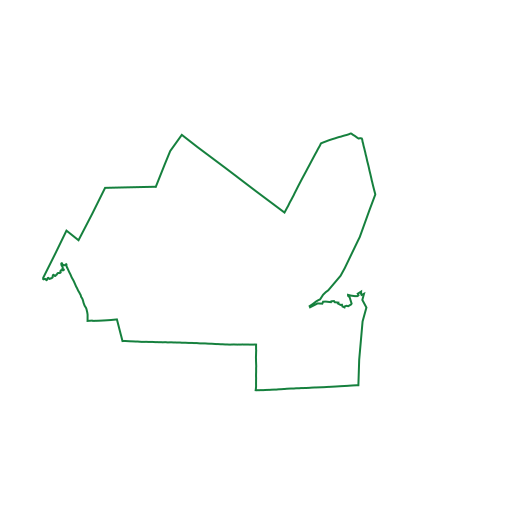 Dracsenei, Teleorman, Romania (Robinson projection), rotated 130°
{"feature_id": "2599482B60737111178091", "entity_name": "Dracsenei", "entity_type": "district", "adm_level": 2, "iso_a3": "ROU", "parent_name": "Romania", "parent_adm1": "Teleorman", "projection": "robinson", "projection_center": [25.005, 44.217], "detail": "fine", "context": "isolated", "style": "outline", "palette": "green", "viewbox_px": 512, "rotation_deg": 130, "n_neighbors": 0, "source": "geoboundaries", "source_scale": "gbopen_adm2", "svg_char_len": 6007}
<svg xmlns="http://www.w3.org/2000/svg" viewBox="0 0 512 512"><g transform="rotate(130 256 256)"><path d="M98.0,250.6L98.4,251.2L98.7,251.8L98.9,252.0L99.2,252.3L99.7,252.6L100.0,252.8L100.1,253.1L100.2,253.7L100.3,254.5L100.4,256.2L100.5,257.6L100.7,258.8L100.9,260.0L100.9,260.6L100.9,261.1L101.0,261.6L101.1,262.0L101.3,262.2L101.6,262.4L102.2,262.7L102.8,263.0L103.2,263.2L105.1,264.4L106.3,265.3L107.6,266.2L109.0,267.1L109.7,267.5L110.3,267.9L111.0,268.5L111.7,269.0L113.1,269.9L115.1,271.1L116.3,271.9L117.2,272.5L119.9,274.2L121.1,274.9L123.3,276.1L125.6,277.4L127.9,278.6L128.5,278.5L129.6,278.2L130.8,277.9L132.6,277.6L135.2,277.1L136.8,276.7L139.5,276.2L145.7,274.9L149.0,274.2L152.2,273.5L156.1,272.7L158.8,272.1L167.1,270.4L173.0,269.1L175.7,268.5L179.5,267.6L183.4,266.7L185.2,266.2L187.1,265.8L188.1,265.6L189.4,265.3L190.3,265.1L190.9,265.0L193.0,264.6L195.4,264.0L196.9,263.6L199.1,263.2L204.4,262.1L206.4,297.7L208.2,335.5L210.2,371.1L210.9,390.7L230.7,389.2L244.2,384.9L267.5,377.2L267.9,377.9L287.7,400.5L300.8,415.4L328.9,408.6L358.0,402.1L358.4,417.5L383.5,411.2L409.5,405.0L409.7,404.8L410.0,404.6L410.4,404.3L410.5,404.1L410.4,403.7L410.2,403.6L409.7,403.3L409.3,403.0L409.1,402.8L409.0,402.5L409.1,401.9L409.2,401.3L409.2,401.0L408.9,400.9L408.6,400.8L408.3,400.9L407.6,401.2L406.9,401.3L406.6,401.3L406.3,401.1L406.2,401.0L406.2,400.7L406.3,400.2L406.4,399.7L406.2,399.3L406.0,399.2L405.3,399.0L405.0,398.8L404.6,398.4L404.2,398.3L403.5,398.1L403.0,398.1L402.8,398.2L402.4,398.7L402.2,398.8L401.2,399.2L400.9,399.2L400.6,399.1L400.5,398.9L400.5,398.5L400.6,397.7L400.6,397.3L400.5,397.1L400.2,396.9L399.9,396.9L399.0,396.9L398.7,396.9L398.4,396.7L398.2,396.7L397.0,396.9L396.7,396.9L396.3,396.7L396.1,396.5L395.9,396.3L395.8,396.0L395.5,395.7L394.9,395.3L394.6,395.1L394.3,395.1L394.2,395.1L394.1,395.4L394.0,395.6L393.8,395.8L393.3,396.0L392.9,396.2L392.6,396.2L392.3,396.1L392.1,396.1L391.9,395.9L391.9,395.7L390.9,394.5L390.5,394.4L390.3,394.3L390.0,394.4L389.9,394.6L389.9,394.8L390.0,395.0L390.4,395.5L390.4,396.0L390.1,396.2L389.4,396.4L389.1,396.6L388.9,396.9L388.5,397.4L388.4,397.8L388.4,398.0L388.4,398.3L388.3,398.5L388.2,398.8L387.9,399.3L387.3,400.0L387.1,400.2L386.8,400.3L386.6,400.3L386.4,400.2L386.3,399.8L386.4,399.7L386.8,399.3L387.0,399.0L387.0,398.7L387.0,398.4L386.9,398.2L386.7,398.0L386.6,397.8L386.4,397.1L386.2,396.8L386.0,396.6L385.6,396.4L385.2,396.3L384.9,396.3L384.5,396.1L384.3,396.1L384.3,395.8L384.4,395.7L384.5,395.7L384.8,395.7L385.0,395.3L385.4,395.1L385.4,394.8L385.5,394.7L386.2,393.4L386.4,393.3L386.4,393.0L386.4,392.8L387.0,391.7L387.3,391.0L388.2,389.2L388.7,388.0L389.5,386.1L390.6,384.0L391.0,383.1L391.4,382.0L392.2,379.9L393.0,378.2L395.0,374.2L395.8,372.1L396.3,371.2L396.8,370.0L397.3,368.8L397.4,368.2L397.7,367.5L398.1,366.7L398.3,366.0L398.5,365.5L398.7,365.1L399.1,364.5L399.5,364.0L399.7,363.7L400.1,362.3L400.3,361.8L400.7,360.9L401.3,360.0L401.9,359.1L402.6,358.2L404.2,355.4L405.0,352.9L405.6,351.8L407.7,349.0L409.2,347.3L414.0,343.3L410.8,340.0L410.6,339.3L406.8,335.0L402.7,330.6L398.5,326.2L394.0,321.8L394.9,320.5L403.0,309.2L404.4,307.2L407.0,303.6L405.5,302.0L402.4,297.8L400.6,295.5L398.8,293.1L398.3,292.5L397.6,291.7L396.5,290.1L395.3,288.4L394.6,287.6L392.2,284.8L390.7,282.8L389.6,281.5L388.1,279.7L386.8,277.9L384.2,274.7L383.5,273.8L382.8,273.0L382.1,272.0L380.8,270.6L380.0,269.7L379.4,268.7L378.3,267.3L377.3,266.3L376.5,265.3L375.9,264.5L375.1,263.4L373.7,261.7L372.8,260.6L370.7,258.0L370.3,257.3L369.8,256.7L367.5,253.9L366.4,252.4L365.7,251.5L364.8,250.4L363.4,248.7L362.7,247.7L361.5,246.3L360.7,245.3L359.7,243.8L359.0,242.8L356.8,240.2L356.4,239.6L355.9,239.1L353.9,236.3L352.8,234.9L352.1,234.1L351.0,232.6L349.5,230.5L349.2,230.1L347.6,228.1L347.1,227.4L346.3,226.3L345.2,225.0L344.4,223.9L343.4,222.5L342.5,221.5L340.9,219.3L337.8,215.9L337.2,215.0L336.5,214.2L336.0,213.5L335.1,212.5L334.5,211.8L334.4,211.6L333.2,210.3L332.4,209.4L331.8,208.6L331.0,207.6L329.0,205.3L328.1,204.1L327.0,202.8L325.9,201.5L325.3,200.8L324.6,200.0L324.1,199.4L323.8,199.0L324.8,198.2L326.2,197.0L327.4,196.0L328.4,195.0L329.5,194.2L330.1,193.7L332.0,192.2L333.8,190.8L335.1,189.6L336.2,188.7L337.4,187.6L340.5,184.8L341.6,184.0L344.7,181.4L345.2,181.0L346.1,180.3L347.7,179.0L349.5,177.4L351.0,176.2L352.3,175.1L353.3,174.3L354.7,173.1L356.0,172.0L357.0,171.3L357.7,170.8L358.2,170.5L359.0,170.0L358.6,169.4L357.5,168.2L356.7,167.2L355.9,166.4L355.0,165.3L354.1,164.2L353.0,163.1L351.8,161.8L350.9,160.8L350.0,159.8L349.3,159.0L348.3,158.0L346.3,155.8L345.6,154.9L344.8,154.1L344.0,153.4L341.4,150.6L340.2,149.4L339.1,148.2L338.3,147.5L336.5,145.6L335.8,144.8L335.3,144.3L334.4,143.2L333.0,141.6L332.1,140.8L330.9,139.5L329.6,137.9L328.6,137.0L325.8,133.8L325.1,133.0L324.6,132.4L324.1,131.9L323.6,131.4L323.4,131.1L320.9,128.6L319.6,127.2L318.1,125.5L312.7,119.5L310.0,116.7L309.3,115.9L307.8,114.3L304.6,110.9L302.6,108.8L300.7,106.8L296.8,102.6L295.4,101.2L292.7,98.4L290.4,95.9L289.8,95.2L289.2,94.5L269.1,110.3L237.6,132.3L224.5,138.3L221.3,146.3L215.5,149.0L218.0,150.1L217.4,151.3L215.7,152.6L219.5,153.8L220.1,152.3L221.4,152.4L223.1,154.3L225.3,157.8L226.6,160.5L227.3,159.9L227.4,157.8L231.0,152.2L231.9,152.0L235.2,153.1L236.0,154.7L237.6,155.6L238.5,155.2L239.1,157.3L238.1,158.8L239.1,159.7L239.7,162.6L238.8,163.0L240.8,166.0L240.4,167.3L242.3,169.2L243.2,168.9L246.1,173.3L247.9,175.2L249.9,174.6L252.7,178.3L260.5,181.6L259.9,182.7L256.6,181.7L252.1,180.7L249.6,179.8L248.1,179.0L242.5,179.7L239.5,179.4L238.7,179.3L235.9,178.6L216.8,178.5L208.3,180.2L178.5,187.8L174.8,188.7L147.6,198.7L132.3,204.1L131.9,204.5L131.2,205.5L129.5,207.9L126.7,211.8L124.6,214.6L123.7,215.9L122.2,217.8L119.5,221.4L117.6,224.0L116.1,225.9L114.3,228.3L111.8,231.8L109.1,235.3L107.7,237.3L106.5,238.8L105.2,240.6L104.0,242.2L102.9,243.8L102.1,244.9L101.3,245.9L100.8,246.5L100.5,247.0L100.3,247.4L100.0,247.7L99.5,248.4L98.9,249.0L98.4,249.7L98.2,250.1L98.0,250.6Z" fill="none" stroke="#15803d" stroke-width="2"/></g></svg>